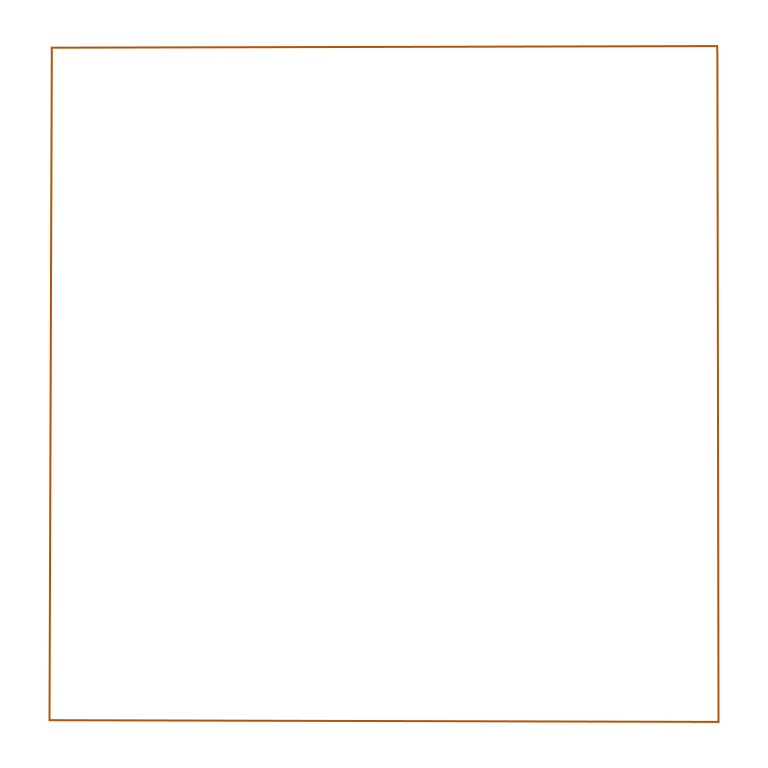 Carson, Texas, United States of America
{"feature_id": "52423323B89233879615837", "entity_name": "Carson", "entity_type": "district", "adm_level": 2, "iso_a3": "USA", "parent_name": "United States of America", "parent_adm1": "Texas", "projection": "albers", "projection_center": [-101.316, 35.404], "detail": "fine", "context": "isolated", "style": "outline", "palette": "amber", "viewbox_px": 768, "rotation_deg": 0, "n_neighbors": 0, "source": "geoboundaries", "source_scale": "gbopen_adm2", "svg_char_len": 204}
<svg xmlns="http://www.w3.org/2000/svg" viewBox="0 0 768 768"><path d="M718.5,721.9L717.4,55.5L717.2,46.1L51.7,47.7L51.8,53.6L49.5,720.2L718.5,721.9Z" fill="none" stroke="#b45309" stroke-width="2"/></svg>